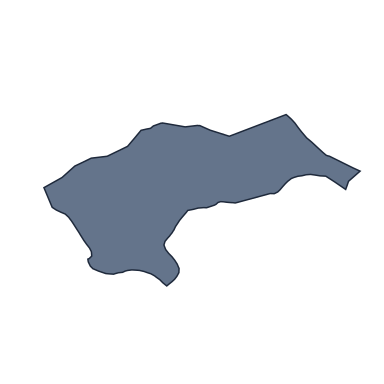 Al Hujjaylah, Al Hudaydah, Yemen (Equal Earth projection), rotated 129°
{"feature_id": "15242507B15912619562849", "entity_name": "Al Hujjaylah", "entity_type": "district", "adm_level": 2, "iso_a3": "YEM", "parent_name": "Yemen", "parent_adm1": "Al Hudaydah", "projection": "equal_earth", "projection_center": [43.594, 14.987], "detail": "fine", "context": "isolated", "style": "filled", "palette": "slate", "viewbox_px": 384, "rotation_deg": 129, "n_neighbors": 0, "source": "geoboundaries", "source_scale": "gbopen_adm2", "svg_char_len": 2298}
<svg xmlns="http://www.w3.org/2000/svg" viewBox="0 0 384 384"><g transform="rotate(129 192 192)"><path d="M280.9,152.5L277.9,151.9L274.2,151.1L271.4,150.7L270.7,150.6L267.0,150.7L263.8,151.3L263.4,151.4L263.0,151.4L259.6,153.9L259.4,154.2L258.9,155.3L257.3,158.2L256.9,159.5L255.9,162.5L254.9,166.9L254.4,171.5L253.3,176.2L251.5,179.4L250.8,180.5L248.3,181.5L247.7,181.8L247.4,181.9L244.4,181.9L243.6,181.9L243.0,181.9L240.0,181.7L239.3,181.8L237.6,181.8L236.3,181.8L234.2,182.1L233.7,182.1L233.4,182.1L232.7,182.2L230.8,182.7L229.1,183.1L225.6,183.4L222.0,183.8L218.8,183.8L218.5,183.8L214.8,183.7L211.5,183.6L211.3,183.6L209.0,183.7L204.7,180.1L200.6,177.1L196.7,173.0L195.1,170.8L191.1,168.2L188.1,166.3L186.5,165.6L183.8,165.2L181.5,163.7L179.9,161.5L178.0,158.4L175.9,155.3L174.5,153.4L173.3,151.5L171.3,150.0L168.8,148.2L144.0,130.3L141.5,127.0L138.0,125.4L135.0,125.0L130.7,124.9L126.8,124.7L123.3,124.3L122.1,124.0L119.0,123.3L116.5,121.9L113.1,119.6L110.1,116.7L106.8,114.2L103.7,110.9L101.0,106.4L98.9,102.7L95.5,98.0L94.4,87.8L93.8,80.5L93.5,76.8L93.3,74.2L89.2,75.6L85.2,77.1L70.0,74.5L71.9,81.9L77.7,107.7L78.6,109.6L79.0,110.9L78.9,115.1L78.5,121.5L77.9,130.5L77.8,136.9L76.4,144.4L76.0,146.2L75.1,150.1L73.7,155.3L72.9,160.5L72.6,166.1L72.6,167.6L125.2,198.1L132.5,216.7L135.5,227.8L136.1,228.4L136.8,229.6L145.7,238.3L151.0,247.8L155.3,255.5L156.9,258.3L157.1,258.3L158.0,259.4L160.2,260.7L165.0,263.6L168.1,264.2L168.6,264.3L172.0,267.2L172.3,267.4L176.1,270.4L181.7,270.5L182.1,270.5L183.6,270.5L184.3,270.5L197.1,270.8L214.6,279.0L217.6,280.4L224.7,287.3L229.1,291.6L229.9,292.0L230.6,292.3L240.2,296.8L245.6,299.4L262.5,302.1L281.8,309.8L291.9,291.0L291.4,286.1L290.4,282.0L290.3,281.5L288.9,276.6L289.1,273.9L289.2,272.0L289.8,269.8L290.3,267.6L291.3,264.4L291.7,263.2L293.2,258.7L293.4,258.1L294.7,254.1L295.6,251.7L296.2,249.9L297.7,245.6L299.0,240.9L300.0,236.5L301.3,233.5L301.8,232.5L304.9,229.6L308.4,230.0L309.7,230.7L311.6,228.6L313.6,224.3L313.9,221.3L314.0,220.9L312.3,214.9L309.6,207.6L307.5,204.5L305.1,201.1L304.2,200.6L301.1,198.4L298.1,195.4L295.4,194.1L293.4,192.6L290.4,189.7L287.8,186.1L286.0,183.5L283.9,179.2L282.9,176.3L281.4,172.4L280.7,168.2L280.7,166.3L280.4,161.8L280.9,157.6L280.9,152.5Z" fill="#64748b" stroke="#1e293b" stroke-width="1.5"/></g></svg>